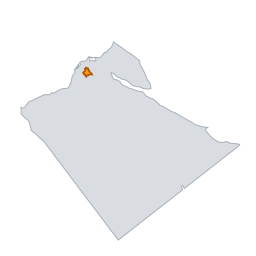 Al Gharbiyah highlighted on a map of Egypt, rotated 322°
{"feature_id": "EGY-1530", "entity_name": "Al Gharbiyah", "entity_type": "Governorate", "adm_level": 1, "iso_a3": "EGY", "parent_name": "Egypt", "parent_adm1": "", "projection": "equal_earth", "projection_center": [31.057, 30.849], "detail": "fine", "context": "in_parent", "style": "filled", "palette": "amber", "viewbox_px": 256, "rotation_deg": 322, "n_neighbors": 0, "source": "natural_earth", "source_scale": "10m", "svg_char_len": 4324}
<svg xmlns="http://www.w3.org/2000/svg" viewBox="0 0 256 256"><g transform="rotate(322 128 128)"><path d="M205.6,210.2L201.4,210.3L197.1,210.3L192.9,210.3L188.6,210.3L184.4,210.3L180.1,210.3L175.8,210.3L171.6,210.3L167.3,210.3L163.1,210.3L158.8,210.3L154.6,210.3L150.3,210.3L146.0,210.3L141.8,210.3L137.5,210.3L135.1,210.3L135.5,208.7L135.8,207.6L135.5,206.9L134.6,206.7L134.1,206.9L132.8,210.2L132.2,210.3L130.7,210.3L125.7,210.3L120.7,210.3L115.8,210.3L110.8,210.3L105.9,210.3L100.9,210.3L96.0,210.3L91.0,210.3L86.0,210.3L81.1,210.3L76.1,210.3L71.2,210.3L66.2,210.3L61.3,210.3L56.3,210.3L51.3,210.3L51.4,206.4L51.5,202.5L51.5,198.6L51.6,194.7L51.6,190.8L51.7,186.9L51.8,183.0L51.8,179.1L51.9,175.2L52.0,171.4L52.0,167.5L52.1,163.6L52.1,159.7L52.2,155.9L52.3,152.0L52.3,148.2L52.4,144.3L52.5,140.5L52.5,136.6L52.6,132.8L52.7,129.0L52.8,125.1L52.8,121.3L52.9,117.5L53.0,113.7L53.0,109.9L53.1,106.1L53.2,102.3L53.3,98.5L53.3,94.7L53.4,90.9L53.5,87.1L53.4,86.4L52.7,83.8L52.2,80.6L51.6,76.6L51.5,75.3L50.4,71.1L50.4,70.0L50.7,69.1L52.6,65.7L53.2,64.0L53.8,62.0L54.0,60.3L53.5,57.8L52.9,55.6L52.7,53.3L52.6,51.0L53.6,49.5L54.8,48.1L55.3,47.2L56.0,46.2L56.5,45.7L57.4,47.7L59.3,48.1L65.7,46.3L72.8,48.1L76.6,48.8L82.6,50.3L86.2,53.1L87.2,53.4L89.8,53.4L91.5,55.0L98.4,55.8L102.0,57.6L104.1,59.0L105.3,59.5L106.4,59.4L107.9,58.8L109.8,57.8L111.9,56.4L116.1,52.8L117.6,52.2L118.6,52.4L119.8,52.3L120.3,51.3L120.9,50.7L121.3,49.9L121.9,49.0L124.1,48.7L128.5,47.2L128.0,47.9L124.0,49.7L125.7,49.9L127.5,49.3L129.5,48.9L129.9,48.2L130.1,46.8L130.5,46.6L131.9,46.8L136.0,49.0L137.1,49.0L140.0,47.9L140.6,47.6L141.5,48.3L143.7,50.9L142.9,50.9L140.6,48.6L140.4,49.7L139.1,51.7L140.8,52.6L142.1,52.9L142.8,54.1L143.3,55.1L144.6,54.6L145.5,53.3L145.0,52.5L144.7,51.7L145.1,51.7L146.0,52.4L148.7,54.9L149.5,55.5L150.6,55.4L152.7,54.7L153.3,54.8L156.1,53.8L156.5,54.5L156.9,55.2L159.2,54.4L162.8,54.4L165.8,53.6L169.2,51.6L169.5,51.2L169.6,51.8L170.1,53.1L171.2,56.7L172.1,59.5L173.3,63.4L173.6,64.8L173.8,65.9L175.5,70.1L176.5,73.6L177.2,76.5L178.2,80.7L178.7,82.1L178.0,82.9L176.6,85.6L175.2,94.2L173.1,101.0L172.9,105.3L172.6,106.8L171.6,109.0L170.4,111.1L168.1,110.0L164.5,106.3L162.4,102.7L160.1,100.5L157.9,97.5L157.3,95.3L157.3,93.9L156.4,90.5L155.7,88.9L153.1,85.3L152.3,83.4L151.8,82.6L151.2,81.4L150.2,76.7L149.2,73.8L148.0,74.6L148.2,75.8L147.2,77.6L146.6,79.5L147.1,81.2L149.2,83.7L149.6,84.7L150.2,87.1L150.1,90.3L150.4,91.4L152.0,93.8L152.6,95.2L153.0,96.4L153.5,97.5L155.1,99.6L157.4,103.5L159.6,106.2L161.1,107.5L161.8,108.8L162.0,112.1L161.9,113.7L163.3,116.7L163.8,118.3L165.1,119.5L165.7,120.9L166.3,123.2L167.2,130.0L168.4,131.7L172.0,140.7L175.1,146.4L176.6,150.7L178.9,155.9L183.4,167.3L186.1,170.9L187.1,172.8L189.0,174.4L191.1,176.6L189.2,176.4L188.7,176.5L188.0,176.9L187.7,178.2L187.6,179.3L187.9,185.2L188.4,188.1L190.2,193.8L191.5,195.4L192.2,196.5L193.1,197.3L197.2,199.3L199.6,203.3L205.1,208.5L205.6,209.9L205.6,210.2Z" fill="#d9dde1" stroke="#a8b0b8" stroke-width="1"/><path d="M129.4,62.0L129.4,61.9L129.2,61.8L129.1,61.7L128.8,61.4L128.7,61.4L128.4,61.4L128.1,61.5L127.4,61.7L127.1,61.8L126.9,62.0L126.9,61.7L126.7,61.5L126.7,61.4L126.7,61.1L126.9,60.9L126.9,60.6L126.7,60.6L126.4,60.6L126.4,60.4L126.5,60.1L126.6,59.9L127.0,59.8L127.2,59.7L127.1,59.4L126.9,59.4L126.5,59.5L126.8,59.3L126.8,59.2L126.9,58.8L126.9,58.7L126.7,58.6L126.4,58.5L126.5,58.3L126.6,58.1L126.8,57.9L126.7,57.6L126.4,57.1L126.5,56.9L126.6,56.6L126.8,56.6L127.6,56.9L128.0,56.8L128.3,56.8L128.4,56.7L128.5,56.7L128.4,56.6L128.5,56.6L128.8,56.4L129.8,56.3L130.0,56.2L130.2,55.7L130.3,55.4L130.2,55.1L130.2,54.9L130.3,54.7L131.0,54.6L131.3,54.8L131.7,54.5L131.9,54.4L132.0,54.4L132.3,54.5L132.6,54.8L132.5,54.7L132.4,54.7L132.3,55.5L132.2,56.0L132.3,56.2L132.4,56.3L132.5,56.3L132.8,56.2L133.0,56.2L133.3,56.1L133.3,56.3L133.2,56.8L133.1,57.0L132.9,57.0L132.7,57.2L132.6,57.4L132.7,57.6L132.8,57.7L132.8,57.9L132.7,58.0L132.5,58.3L132.7,58.5L132.4,58.6L132.5,58.6L132.7,58.8L132.7,59.1L132.2,59.3L132.2,59.5L132.3,59.6L132.4,60.4L132.5,60.8L132.7,61.1L132.7,61.5L132.9,62.3L132.9,62.7L132.7,63.5L132.6,63.9L132.4,63.7L132.0,63.2L131.9,63.1L131.8,62.9L131.7,62.8L131.6,62.7L131.3,62.5L130.9,62.5L130.7,62.5L130.5,62.4L130.3,61.9L130.2,61.8L129.9,62.0L129.7,61.9L129.4,62.0Z" fill="#f59e0b" stroke="#b45309" stroke-width="1.5"/></g></svg>